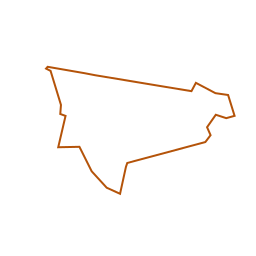 outline of Schenectady, New York, United States of America, rotated 199°
{"feature_id": "52423323B8631496960035", "entity_name": "Schenectady", "entity_type": "district", "adm_level": 2, "iso_a3": "USA", "parent_name": "United States of America", "parent_adm1": "New York", "projection": "mercator", "projection_center": [-74.057, 42.834], "detail": "fine", "context": "isolated", "style": "outline", "palette": "amber", "viewbox_px": 256, "rotation_deg": 199, "n_neighbors": 0, "source": "geoboundaries", "source_scale": "gbopen_adm2", "svg_char_len": 473}
<svg xmlns="http://www.w3.org/2000/svg" viewBox="0 0 256 256"><g transform="rotate(199 128 128)"><path d="M224.8,157.5L219.8,156.8L198.9,128.0L196.6,119.2L191.0,119.1L187.7,87.1L167.8,94.4L148.2,75.2L128.7,64.6L114.1,63.2L117.3,90.6L117.3,94.7L50.3,139.9L47.6,148.1L53.5,154.5L49.3,169.1L38.3,169.3L31.2,174.2L44.1,191.8L56.7,189.4L78.5,192.8L80.0,183.5L108.8,178.6L176.3,167.2L186.8,165.7L223.9,159.7L224.8,157.5Z" fill="none" stroke="#b45309" stroke-width="2"/></g></svg>